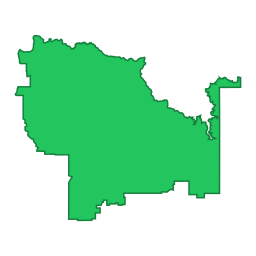 Dardanup, Western Australia, Australia
{"feature_id": "25037944B56639802047851", "entity_name": "Dardanup", "entity_type": "district", "adm_level": 2, "iso_a3": "AUS", "parent_name": "Australia", "parent_adm1": "Western Australia", "projection": "mercator", "projection_center": [115.891, -33.416], "detail": "fine", "context": "isolated", "style": "filled", "palette": "green", "viewbox_px": 256, "rotation_deg": 0, "n_neighbors": 0, "source": "geoboundaries", "source_scale": "gbopen_adm2", "svg_char_len": 5714}
<svg xmlns="http://www.w3.org/2000/svg" viewBox="0 0 256 256"><path d="M23.2,119.0L24.1,119.3L24.7,119.9L25.3,121.1L24.8,123.0L26.2,123.8L26.7,125.2L26.5,126.2L25.0,126.9L25.2,128.1L25.0,129.5L25.6,130.9L26.6,130.8L28.3,132.3L27.8,134.5L28.0,135.6L31.6,138.9L33.1,138.9L33.6,139.2L33.4,140.3L34.3,142.5L35.8,143.7L36.2,144.5L35.9,146.2L37.1,147.1L38.4,147.6L38.3,148.0L36.9,149.8L36.9,151.2L44.7,151.2L44.7,154.1L55.3,154.2L55.3,154.8L68.8,154.8L68.8,175.6L72.1,176.9L68.8,182.5L68.7,219.2L77.6,219.2L77.5,220.4L91.8,220.3L91.8,218.8L95.4,218.8L95.4,212.9L100.1,212.9L100.1,208.0L96.5,208.0L96.5,205.2L101.0,205.3L102.1,202.9L101.9,202.2L103.4,202.2L103.4,200.2L106.8,200.2L106.9,205.2L109.5,205.2L109.5,203.9L116.0,203.9L116.0,203.0L118.1,203.0L118.1,205.1L122.3,205.1L122.3,204.5L125.0,204.5L125.0,197.2L123.8,197.2L123.8,193.2L161.5,193.2L161.5,192.0L167.2,192.0L169.9,189.6L172.1,189.5L173.2,190.0L173.2,184.4L174.4,184.4L174.4,181.2L189.0,181.1L189.0,194.6L196.9,194.6L196.9,197.7L204.3,197.7L204.4,193.4L219.5,193.4L219.6,124.8L219.4,87.4L240.6,87.3L240.6,77.7L239.9,77.9L238.8,76.9L237.7,77.3L237.6,77.5L238.0,79.1L238.5,80.0L237.6,80.3L237.6,81.4L236.9,82.2L235.6,82.6L234.6,82.3L233.9,82.5L233.2,82.1L232.4,82.2L232.1,81.2L232.2,80.9L230.0,81.4L230.2,80.9L229.9,80.5L227.2,79.6L225.8,77.8L225.2,77.4L223.8,77.7L223.5,78.2L223.2,78.2L223.1,78.6L221.5,78.7L220.3,78.4L219.4,77.5L219.5,78.1L219.2,78.7L218.5,78.8L217.7,79.5L217.0,80.5L216.9,81.2L215.0,82.6L215.0,83.4L215.5,83.9L214.3,83.6L213.9,83.9L213.0,83.6L211.4,83.7L210.5,83.4L210.6,85.3L209.8,86.3L209.8,87.3L208.0,88.8L205.8,88.9L205.6,89.2L205.5,89.7L205.8,90.5L205.7,91.3L206.3,92.1L208.6,91.9L207.8,93.1L208.5,93.3L208.5,93.9L207.4,95.6L208.4,96.1L210.3,96.2L210.3,96.5L209.8,96.9L209.5,97.9L210.4,99.5L210.0,100.5L210.1,101.3L211.1,102.5L212.4,101.6L212.5,102.6L213.3,104.4L213.7,104.8L214.9,104.7L215.6,105.3L214.3,106.6L214.2,107.4L213.4,108.1L212.7,108.3L212.2,109.0L212.5,109.5L214.5,110.1L214.7,110.4L213.4,111.0L213.2,112.6L212.2,111.5L211.5,111.5L210.7,112.9L210.8,113.5L212.1,115.3L216.9,116.2L217.7,116.7L217.8,117.4L217.4,118.5L216.2,117.6L214.9,117.3L212.9,118.1L212.1,117.9L211.7,118.5L212.1,119.2L211.6,119.8L210.9,119.8L210.4,119.1L209.3,119.0L209.0,119.2L209.0,119.6L208.2,120.3L208.3,120.9L208.7,121.3L210.6,122.5L211.2,122.2L210.4,123.2L210.3,124.5L210.5,125.0L211.1,125.1L211.4,125.5L210.9,125.6L210.4,126.1L210.1,127.9L210.8,128.9L210.3,129.4L210.2,130.3L209.7,130.8L209.4,131.7L208.7,131.8L208.5,132.2L209.6,133.5L211.2,132.8L212.5,132.5L210.6,134.2L210.3,134.6L210.4,134.9L211.1,134.9L211.8,136.2L211.8,136.8L212.6,137.5L214.1,137.7L215.2,138.4L216.5,138.3L215.7,138.5L213.1,138.6L212.6,138.9L212.3,139.4L210.7,139.6L210.4,139.2L209.7,139.0L208.4,139.4L208.5,138.8L210.0,137.2L209.7,136.4L208.5,135.8L208.1,134.7L206.9,134.3L206.4,133.6L206.3,131.8L206.7,130.4L207.3,129.7L207.6,128.2L207.1,126.8L207.3,126.2L205.6,124.1L206.0,122.7L205.7,122.2L203.2,122.2L201.8,123.3L201.7,121.3L201.2,120.5L201.0,118.6L199.8,117.8L199.8,117.3L200.4,116.7L200.6,115.4L198.8,116.3L196.8,116.7L196.7,118.5L197.0,119.1L196.7,120.2L196.5,120.5L195.8,120.5L195.5,120.8L195.5,121.6L196.0,122.4L195.2,123.6L194.8,124.7L194.4,124.3L193.7,124.3L194.2,123.7L194.5,122.6L194.3,121.6L193.6,120.9L194.2,119.3L192.8,119.3L192.3,118.5L191.8,118.4L192.8,117.3L190.4,117.3L189.3,116.7L187.6,117.9L187.2,117.9L186.4,117.2L185.4,117.4L183.8,115.8L183.5,114.2L182.3,113.4L182.0,112.8L180.6,113.2L180.1,112.8L179.2,112.8L178.9,112.1L177.3,110.6L174.8,111.0L174.2,110.4L174.1,109.4L173.5,109.1L169.5,107.9L168.7,108.1L167.9,107.9L167.3,106.8L167.7,105.4L167.7,103.1L167.3,100.8L166.5,100.0L164.6,100.5L164.3,100.5L164.2,100.0L162.0,101.2L160.1,101.1L158.7,101.6L158.1,101.5L156.6,100.2L155.2,100.5L154.1,100.4L154.0,99.0L153.2,97.0L152.5,95.8L151.2,94.9L151.1,94.3L151.7,92.0L151.3,90.4L150.5,89.3L149.3,88.9L148.9,88.5L148.2,87.0L146.4,85.5L145.8,84.3L145.9,82.6L143.6,80.1L143.1,79.2L140.6,76.7L140.3,75.9L140.5,75.1L141.6,74.0L141.4,73.6L140.8,73.5L140.4,72.6L140.3,71.1L140.4,69.9L141.0,69.2L142.2,68.4L143.0,67.3L143.4,65.4L145.1,64.6L145.5,63.5L145.5,62.7L144.3,62.3L143.9,61.7L144.8,58.8L144.7,57.6L144.4,57.4L142.4,58.0L141.0,57.8L140.1,58.4L139.0,58.6L136.9,60.8L136.3,61.1L134.8,61.2L134.1,61.0L132.9,59.8L132.7,59.2L131.3,58.4L130.6,58.4L129.7,58.9L129.2,58.9L128.2,60.3L127.5,60.5L125.5,59.6L123.6,57.7L121.5,58.6L120.7,58.2L120.3,57.5L119.3,57.0L115.8,57.1L114.0,56.5L112.7,56.6L110.5,56.2L108.0,56.5L107.0,55.4L105.9,55.5L105.0,55.1L104.0,54.5L102.4,53.0L101.0,50.8L99.7,50.4L98.8,49.7L97.4,47.7L96.6,47.7L95.3,47.0L95.3,45.6L94.4,45.2L93.1,43.9L92.5,44.0L91.7,43.7L91.1,42.8L90.4,43.4L89.8,42.8L89.3,43.7L88.1,43.7L87.5,44.5L86.5,43.9L85.5,43.8L85.7,43.1L84.9,42.5L83.8,42.3L83.3,43.1L82.4,42.7L81.9,43.5L81.1,43.9L80.8,43.3L80.1,43.3L79.6,43.0L79.4,43.6L77.4,43.0L75.3,44.3L76.0,45.4L75.4,45.7L75.4,46.9L74.4,47.5L73.8,48.8L73.4,49.0L73.0,48.4L71.7,49.1L69.9,46.5L66.9,45.7L65.8,43.8L62.5,44.0L62.3,43.5L62.5,42.0L62.3,40.9L61.7,39.7L61.1,39.3L60.6,39.5L60.2,40.3L58.8,40.8L58.0,40.5L57.3,39.5L55.8,39.5L54.0,40.3L52.7,41.4L51.9,41.7L50.9,41.0L51.1,39.6L50.9,39.0L50.0,38.8L49.3,39.1L49.0,39.6L49.0,41.0L48.7,41.5L47.3,41.7L45.5,42.8L44.3,42.9L43.5,42.7L43.4,42.4L43.5,40.3L43.3,39.5L40.9,38.0L40.4,37.0L39.5,36.2L35.0,35.6L33.9,36.2L33.3,37.2L33.3,38.4L34.2,41.5L33.7,43.2L33.2,48.7L32.7,49.7L31.7,50.8L30.2,51.7L28.9,51.9L26.7,51.8L24.3,52.0L22.1,51.2L19.9,49.6L18.7,51.4L18.2,53.8L19.6,60.7L19.5,62.6L20.4,63.6L26.4,63.6L26.4,71.2L26.9,71.2L26.9,75.9L27.2,76.7L30.3,75.5L30.3,86.8L17.9,86.8L17.8,88.2L17.2,89.1L17.3,90.3L16.7,92.7L15.6,93.7L15.4,94.4L16.0,95.4L23.2,95.5L23.2,119.0Z" fill="#22c55e" stroke="#15803d" stroke-width="1.5"/></svg>